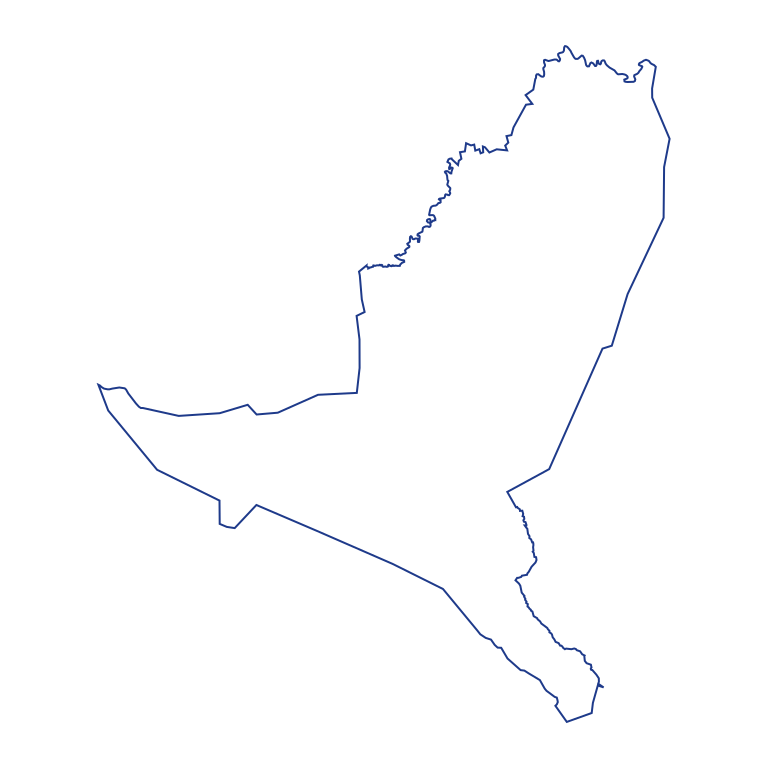 Concepción Buenavista, Puebla, Mexico
{"feature_id": "50627088B88871984884720", "entity_name": "Concepción Buenavista", "entity_type": "district", "adm_level": 2, "iso_a3": "MEX", "parent_name": "Mexico", "parent_adm1": "Puebla", "projection": "orthographic", "projection_center": [-97.427, 17.984], "detail": "fine", "context": "isolated", "style": "outline", "palette": "blue", "viewbox_px": 768, "rotation_deg": 0, "n_neighbors": 0, "source": "geoboundaries", "source_scale": "gbopen_adm2", "svg_char_len": 6005}
<svg xmlns="http://www.w3.org/2000/svg" viewBox="0 0 768 768"><path d="M234.7,528.1L256.4,505.0L317.4,531.1L392.6,563.9L443.0,589.0L477.3,630.5L480.3,634.3L485.7,637.9L491.0,639.6L494.7,644.9L497.6,647.6L501.2,647.8L507.5,658.5L520.6,670.1L524.4,670.6L528.9,673.5L539.9,680.1L544.7,688.6L546.5,690.8L554.7,696.9L556.8,697.6L557.5,700.3L557.8,702.1L556.8,704.4L555.4,705.8L566.8,721.9L591.7,713.0L592.9,702.9L597.8,685.5L603.6,687.4L598.2,683.7L598.9,681.8L598.8,678.3L596.4,674.7L592.3,670.0L591.3,669.9L590.9,669.4L590.8,668.4L591.5,667.5L590.9,664.7L586.6,663.2L584.8,660.9L584.3,656.0L584.6,655.5L582.2,654.3L580.1,651.3L576.8,650.2L575.8,649.0L574.2,648.5L571.4,649.2L566.1,648.6L564.9,649.2L563.2,647.9L562.4,646.6L561.4,645.7L560.2,645.7L558.6,643.1L555.6,641.9L554.3,639.3L552.7,637.3L552.0,634.6L551.3,633.5L549.4,632.3L549.5,630.9L547.8,629.1L547.3,628.0L541.3,623.5L540.1,621.4L537.6,619.3L537.2,618.2L533.7,616.2L532.4,611.5L530.9,610.6L530.8,609.7L529.5,608.7L528.7,607.4L527.5,606.5L527.8,604.1L526.1,602.9L526.5,601.6L525.1,599.8L525.4,598.9L524.1,596.7L524.5,596.0L521.7,592.6L520.3,585.7L519.0,583.6L515.5,580.3L517.1,577.9L518.2,577.9L521.2,576.9L521.9,575.7L527.0,574.8L527.4,573.4L528.7,571.9L531.6,566.7L535.5,562.5L536.5,560.0L536.1,557.2L534.4,556.9L533.8,553.0L532.7,551.7L533.5,550.8L533.1,547.2L533.4,545.1L533.3,543.2L533.0,542.3L532.2,542.4L531.1,539.4L529.3,538.0L529.5,536.2L528.0,533.9L527.3,528.7L526.4,527.8L524.7,525.4L526.4,525.4L526.4,524.7L525.5,522.1L523.9,521.7L523.4,520.2L524.3,518.9L524.0,516.7L522.6,516.2L523.2,513.9L522.3,510.7L520.0,510.9L519.8,509.3L517.6,507.8L517.2,507.0L516.0,507.3L507.3,491.9L549.2,469.1L602.5,348.6L611.8,345.7L627.6,294.1L663.6,217.8L664.1,167.1L669.6,138.8L652.2,97.7L652.1,88.5L655.8,66.8L654.1,65.1L651.4,63.8L650.1,62.6L649.2,61.2L648.0,60.5L646.0,59.8L643.8,60.6L642.0,61.9L639.5,63.1L638.9,64.1L638.9,64.8L639.1,65.1L642.1,66.3L642.3,66.8L641.3,68.9L639.3,71.2L638.4,72.8L637.1,73.9L634.4,75.1L634.1,76.1L634.2,76.7L635.3,79.3L634.9,81.0L633.6,81.8L627.5,82.0L625.6,81.8L624.5,81.4L624.3,79.6L626.9,78.6L627.5,78.1L627.7,77.1L627.2,76.1L625.7,74.9L624.3,74.4L622.3,74.0L618.3,74.3L617.7,74.1L616.7,73.2L614.5,70.4L609.6,67.6L606.9,65.3L605.6,63.6L604.7,61.2L604.0,60.4L602.7,60.4L601.7,61.0L601.1,62.1L600.9,63.6L600.3,64.3L599.5,64.1L598.7,63.5L598.0,60.8L597.2,60.9L596.9,61.8L596.6,64.9L595.9,66.0L595.1,66.0L593.2,63.4L591.4,62.5L590.4,63.1L589.0,66.3L587.4,66.4L586.7,65.8L586.1,64.9L585.1,60.2L584.0,57.6L582.8,55.8L581.6,55.6L578.3,58.5L577.4,58.9L575.7,58.9L574.9,58.4L573.9,57.1L571.4,52.7L570.7,51.1L569.1,49.0L567.3,46.9L565.8,46.2L565.0,46.1L564.2,47.3L563.9,50.7L563.1,52.0L562.4,52.4L559.4,53.1L558.1,54.1L558.2,55.5L560.1,59.0L559.8,60.5L559.1,61.3L558.3,61.2L557.3,60.1L556.2,59.5L554.5,59.5L549.1,60.9L548.4,61.0L545.1,59.8L544.2,60.1L544.0,60.4L544.1,62.7L544.9,64.5L545.0,65.7L544.7,66.5L543.3,68.1L543.4,69.4L544.1,71.8L544.2,74.4L543.9,76.0L543.3,76.6L542.2,76.7L541.0,76.3L538.3,74.2L536.7,74.4L536.1,75.5L536.0,77.9L535.3,79.0L533.3,89.6L525.6,95.1L532.3,103.9L526.0,104.7L513.5,127.4L511.4,135.1L506.5,136.1L508.3,142.6L505.2,145.6L507.1,150.4L496.7,149.3L489.4,152.5L485.0,147.3L482.9,146.5L483.2,152.3L480.6,153.3L479.3,149.2L475.3,150.6L474.2,144.6L471.0,145.4L466.1,143.2L464.9,151.4L460.0,152.2L461.4,158.8L458.8,160.8L458.0,165.0L451.9,159.3L451.6,158.5L449.8,158.7L448.5,159.4L447.4,161.9L449.8,163.4L450.2,164.4L450.1,165.3L449.1,167.4L449.1,168.9L449.4,169.1L450.1,168.8L450.4,168.2L451.2,167.5L452.5,167.8L452.7,168.2L451.5,171.7L451.3,173.4L450.4,173.4L447.8,171.3L446.8,171.1L445.4,171.3L444.9,171.9L445.3,172.8L446.2,173.4L447.1,175.9L447.4,179.2L447.6,180.1L448.3,180.9L447.3,184.6L447.7,185.5L450.2,188.0L450.3,188.7L450.1,190.0L449.3,191.2L450.1,192.6L450.2,193.5L449.2,195.1L448.1,195.1L447.2,194.6L445.6,194.4L445.2,194.9L444.9,196.7L444.3,197.8L443.5,198.1L439.8,198.6L439.1,198.9L438.9,199.3L439.3,199.7L440.6,200.3L440.6,202.3L439.8,202.9L438.7,203.0L438.0,203.4L437.7,204.0L436.6,205.1L435.6,205.6L433.4,205.8L432.5,206.2L431.5,206.7L430.9,207.6L430.2,209.4L429.1,214.8L429.5,215.2L432.9,215.1L433.7,215.5L434.1,215.9L435.3,218.6L435.3,220.1L434.5,220.0L434.0,220.7L432.8,220.8L431.3,222.4L430.6,222.3L430.3,219.7L430.0,219.2L429.4,219.0L427.9,219.4L427.1,220.0L426.9,221.1L428.1,222.5L429.7,222.7L430.3,223.0L430.2,223.8L430.7,225.0L430.5,225.6L430.3,226.3L429.6,226.9L428.8,226.9L427.9,226.4L425.8,226.4L423.8,227.2L422.9,228.0L422.5,231.1L422.3,231.7L418.4,233.6L417.6,234.3L417.5,235.3L417.9,235.7L419.2,235.8L419.7,236.4L419.4,240.4L419.1,241.9L418.1,242.0L417.9,241.7L418.1,239.0L417.9,238.7L415.4,238.5L414.0,239.2L413.3,239.2L412.6,238.9L411.6,236.6L410.9,236.2L410.1,236.9L409.9,238.7L410.0,241.4L409.8,241.9L407.3,243.8L407.7,244.8L409.2,245.8L409.4,246.8L409.1,247.2L406.6,248.7L405.0,250.4L405.8,252.6L405.2,253.3L402.7,254.1L401.7,254.9L400.3,255.5L399.2,254.4L395.0,255.7L395.1,256.1L396.4,257.3L399.2,259.3L401.8,260.1L403.8,260.3L404.1,260.6L404.2,261.9L401.9,262.9L400.2,264.6L399.8,265.9L397.4,265.9L395.7,265.6L394.7,265.9L393.8,265.6L393.0,266.0L392.7,265.9L392.6,265.3L392.4,265.3L391.3,266.2L389.7,265.7L389.3,265.0L388.5,264.8L388.2,265.2L388.5,265.7L388.3,266.1L387.7,266.7L386.3,266.8L385.4,266.5L383.1,266.8L382.4,266.3L382.2,265.1L381.8,264.9L381.3,265.3L380.7,265.4L380.4,264.9L379.6,264.8L379.0,265.4L377.0,265.3L374.9,265.9L373.8,265.4L373.3,265.5L373.3,266.1L372.9,266.8L372.6,266.7L370.6,267.5L369.9,267.4L368.7,268.4L368.2,268.5L368.3,267.8L368.1,267.3L366.4,266.3L366.5,265.5L359.0,271.6L359.8,275.4L361.8,299.4L364.6,312.0L356.6,315.9L359.5,339.4L359.6,368.0L356.8,392.9L318.0,394.8L277.8,412.7L256.6,414.5L247.7,404.8L219.7,413.2L178.7,415.9L142.9,408.0L140.8,408.0L138.9,406.7L135.9,403.4L128.3,393.5L126.1,389.6L124.7,388.3L119.3,387.5L112.3,388.6L109.5,389.3L107.5,389.3L104.0,388.6L101.6,387.1L99.9,385.5L98.4,384.8L108.2,410.5L157.1,469.8L219.5,500.6L219.7,523.9L226.8,526.9L234.7,528.1Z" fill="none" stroke="#1e3a8a" stroke-width="2"/></svg>